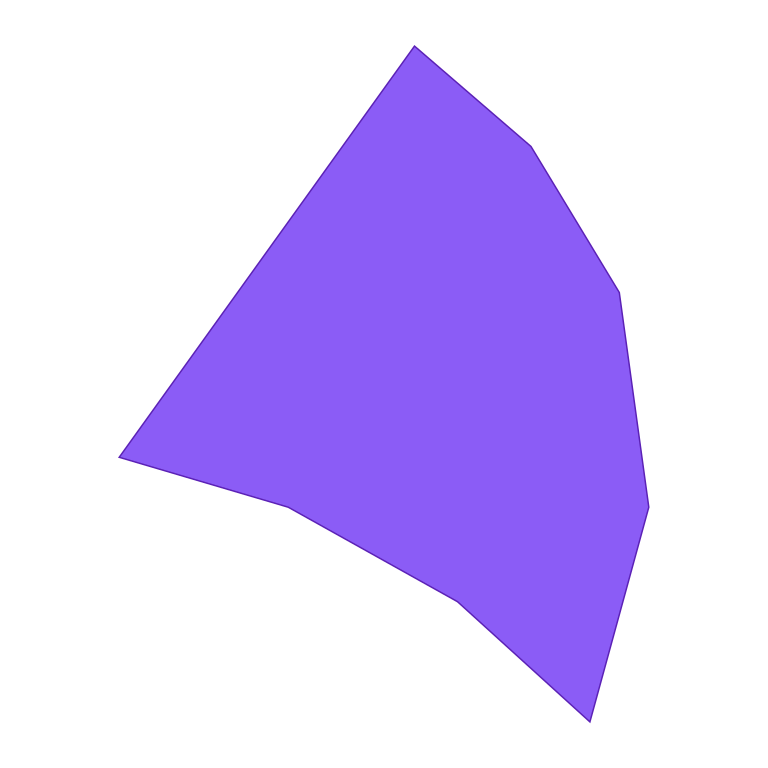 map outline of Saint Mark (Natural Earth projection)
{"feature_id": "GRD-5074", "entity_name": "Saint Mark", "entity_type": "Parish", "adm_level": 1, "iso_a3": "GRD", "parent_name": "Grenada", "parent_adm1": "", "projection": "natural_earth1", "projection_center": [-61.681, 12.191], "detail": "fine", "context": "isolated", "style": "filled", "palette": "violet", "viewbox_px": 768, "rotation_deg": 0, "n_neighbors": 0, "source": "natural_earth", "source_scale": "10m", "svg_char_len": 239}
<svg xmlns="http://www.w3.org/2000/svg" viewBox="0 0 768 768"><path d="M119.2,457.3L414.5,46.1L531.0,146.5L619.3,292.5L648.8,507.2L589.9,721.9L457.5,601.7L288.2,507.2L119.2,457.3Z" fill="#8b5cf6" stroke="#5b21b6" stroke-width="1.5"/></svg>